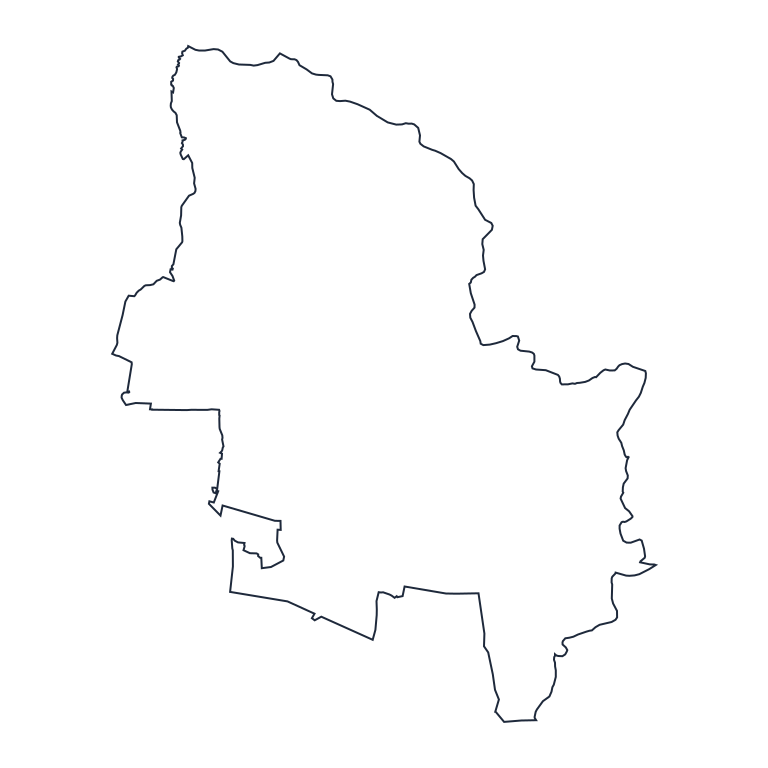 Tonalá, Jalisco, Mexico (orthographic projection)
{"feature_id": "50627088B51379954961865", "entity_name": "Tonalá", "entity_type": "district", "adm_level": 2, "iso_a3": "MEX", "parent_name": "Mexico", "parent_adm1": "Jalisco", "projection": "orthographic", "projection_center": [-103.228, 20.618], "detail": "fine", "context": "isolated", "style": "outline", "palette": "slate", "viewbox_px": 768, "rotation_deg": 0, "n_neighbors": 0, "source": "geoboundaries", "source_scale": "gbopen_adm2", "svg_char_len": 6057}
<svg xmlns="http://www.w3.org/2000/svg" viewBox="0 0 768 768"><path d="M128.7,295.7L125.4,301.5L122.6,315.1L117.3,335.3L117.1,338.1L117.4,342.8L116.8,345.0L112.2,353.8L116.0,355.5L119.0,356.1L131.6,362.3L131.8,364.2L127.3,391.7L129.1,391.5L129.2,392.2L128.6,392.6L126.2,392.4L124.0,392.7L122.1,394.5L121.7,395.9L121.6,397.7L122.8,400.2L126.0,405.0L135.7,403.0L150.9,403.6L150.0,409.3L152.1,409.4L152.1,409.7L186.7,410.1L191.3,409.8L207.2,409.9L211.6,409.3L219.1,409.8L219.5,411.0L219.2,412.1L219.2,415.1L219.6,415.5L219.3,418.6L219.5,427.1L219.7,428.9L222.3,435.4L222.5,437.9L222.1,439.5L223.5,446.4L222.8,447.5L222.2,450.3L221.5,451.5L220.1,452.8L222.0,453.7L221.6,458.8L220.5,458.8L218.2,462.4L219.7,463.7L218.6,471.2L219.4,471.3L217.2,488.8L215.0,487.7L212.4,487.7L212.5,489.7L213.6,492.5L215.6,493.2L216.5,490.6L218.2,491.2L213.8,502.5L209.4,501.3L208.9,503.8L220.5,515.6L222.6,505.5L274.9,520.8L280.5,520.9L280.7,529.9L277.6,529.7L277.1,540.5L277.3,542.6L284.1,556.6L283.3,560.5L271.0,567.0L261.8,568.2L261.3,557.8L260.2,557.8L258.1,556.0L258.2,554.4L256.6,553.4L249.9,553.2L243.5,550.2L244.6,546.4L244.5,545.5L244.1,544.9L244.5,543.0L238.0,542.4L234.8,540.7L233.2,538.8L231.9,538.6L231.7,540.2L232.3,548.4L232.8,550.3L232.9,566.5L230.1,591.9L287.5,601.4L314.5,613.7L311.9,618.2L314.7,620.3L321.3,616.7L372.7,639.8L375.4,629.9L376.7,615.1L376.8,609.3L376.5,601.1L378.7,592.2L381.0,592.5L383.1,592.3L389.5,594.5L391.6,595.6L394.6,597.8L396.7,596.2L397.4,597.2L402.6,596.1L404.6,586.5L445.9,593.5L456.4,593.7L478.5,593.3L484.4,633.6L484.0,646.3L488.2,652.4L492.8,674.3L495.0,689.8L498.9,699.5L495.3,711.7L495.6,711.7L504.1,721.9L521.3,720.5L536.1,720.2L534.7,717.9L534.6,717.0L535.7,711.8L536.9,709.5L542.9,701.2L549.4,696.5L551.5,691.7L552.4,687.2L553.8,684.7L555.8,676.9L555.8,670.3L555.1,666.5L555.0,662.7L554.0,659.8L554.2,657.1L555.0,655.8L555.0,654.3L556.4,655.5L558.3,656.0L562.4,656.2L565.2,654.4L566.7,651.7L567.3,650.1L565.8,647.4L562.6,644.5L562.5,642.4L562.9,641.1L565.3,638.3L569.4,637.7L573.4,636.7L578.0,634.5L586.5,631.6L589.6,630.7L591.9,630.4L595.5,627.2L599.6,624.8L611.6,622.0L615.5,619.8L617.1,617.4L617.0,610.9L613.1,603.5L611.8,598.5L612.2,584.5L611.6,582.4L611.7,578.3L612.3,576.7L615.4,573.5L615.6,572.6L626.1,575.6L629.4,575.8L634.6,575.4L639.3,574.2L649.1,569.2L655.8,565.0L654.3,564.5L649.9,564.4L640.1,562.3L640.5,561.3L644.7,557.8L645.1,556.3L644.0,548.7L641.7,540.6L639.6,539.5L630.7,542.7L626.6,542.6L623.2,540.7L620.5,533.6L619.6,528.7L619.6,525.5L621.6,522.2L623.0,521.7L624.6,522.0L626.4,521.4L630.7,518.7L632.4,517.1L632.5,516.2L629.1,511.3L625.1,508.1L620.6,498.6L621.0,496.6L623.3,492.7L622.7,491.6L622.9,487.3L623.7,483.6L627.6,478.4L627.8,475.5L626.1,471.1L625.6,468.2L627.1,460.3L628.6,457.2L628.0,456.8L626.9,457.3L626.0,456.8L624.7,454.6L623.8,450.4L622.1,446.1L621.3,442.8L618.7,438.7L617.6,435.6L617.3,432.3L618.6,430.2L623.2,424.6L624.7,420.1L627.9,414.0L629.7,409.7L636.0,400.4L638.9,396.7L640.8,392.9L642.8,386.7L644.4,383.0L645.7,377.9L645.9,373.3L645.3,371.0L632.9,366.8L628.5,364.0L625.1,363.5L622.0,364.1L619.5,365.2L618.2,366.5L616.6,368.8L614.7,370.4L609.9,370.5L605.3,369.5L603.5,370.3L600.3,372.8L596.1,377.2L595.0,377.0L592.5,378.0L588.9,380.5L585.2,381.9L579.8,382.8L577.0,383.0L575.0,383.8L572.4,383.4L568.1,384.3L561.8,384.4L560.5,382.9L560.1,381.6L559.9,378.7L559.2,376.5L557.9,374.9L545.8,370.2L536.0,369.5L532.5,368.4L531.9,366.3L534.4,361.7L534.4,355.5L533.8,353.8L532.1,352.5L529.3,351.6L520.5,350.7L518.0,349.3L517.2,346.8L519.2,340.6L517.9,336.5L516.5,336.1L512.6,336.0L509.1,338.3L502.9,341.1L496.0,343.2L489.8,344.6L483.3,345.1L480.7,343.7L480.3,341.1L475.9,331.0L472.5,321.9L470.3,317.7L470.0,313.9L471.7,310.8L474.5,307.6L474.6,304.6L470.8,293.2L469.2,283.9L470.8,282.5L471.4,279.7L473.2,277.8L475.0,276.7L476.5,275.1L481.6,273.3L484.0,271.9L485.1,269.3L483.5,260.9L483.0,255.5L483.7,249.9L482.3,244.1L482.7,239.2L491.9,229.8L492.7,225.8L491.3,223.0L485.1,219.8L478.3,209.2L475.6,205.7L474.1,197.7L473.6,190.1L473.8,184.1L472.1,180.5L469.6,178.3L465.4,175.9L462.2,173.1L458.7,169.1L453.9,161.5L451.1,159.1L440.6,153.1L435.1,150.7L432.1,149.8L423.7,146.4L420.4,143.8L419.4,141.7L420.0,135.4L418.2,127.9L414.2,124.4L411.7,123.6L408.6,123.7L405.8,123.2L402.0,124.4L396.2,124.6L387.7,122.4L376.9,115.9L369.7,109.7L357.5,104.2L350.0,101.6L345.4,100.7L340.0,101.1L336.3,100.8L333.3,98.4L332.0,94.3L333.1,84.1L332.5,81.9L332.4,79.5L330.5,76.3L327.7,75.3L318.7,74.9L316.0,74.6L312.0,73.4L306.6,69.4L299.5,65.2L298.0,61.9L296.5,60.1L294.6,59.3L291.0,59.2L289.5,58.6L279.9,53.4L273.5,60.9L269.3,62.5L265.2,62.8L257.5,65.1L253.7,65.6L250.3,64.9L238.9,64.5L233.3,63.1L230.2,61.4L222.4,51.7L218.1,49.5L213.6,49.1L205.2,50.5L198.9,50.5L195.4,49.8L188.2,46.1L187.9,47.7L186.3,48.7L184.9,50.7L182.4,51.6L182.1,53.2L182.8,55.3L181.1,56.3L178.8,56.8L178.8,57.5L180.1,58.9L179.5,59.6L178.3,60.1L177.8,61.4L179.1,63.0L179.0,63.5L178.0,64.5L178.9,65.6L178.6,66.3L176.8,66.7L176.5,67.3L177.1,69.1L176.3,72.4L174.9,74.8L173.3,75.6L172.5,76.6L172.2,77.9L173.1,78.9L173.0,80.6L171.2,81.7L171.2,84.6L171.7,84.8L171.8,85.5L172.9,86.0L173.8,88.0L173.1,92.4L171.5,91.5L171.8,101.1L170.9,103.4L170.7,105.8L170.9,107.4L172.0,109.6L173.7,111.5L175.4,112.8L176.7,115.2L177.0,122.3L180.3,130.9L180.5,132.6L180.2,133.0L181.8,137.3L184.2,137.5L185.9,138.2L185.8,138.8L184.8,139.8L182.5,140.4L182.6,141.7L181.9,143.1L182.9,144.5L183.0,146.2L181.1,148.5L182.2,149.6L180.8,151.5L180.3,152.9L180.7,154.5L182.8,159.0L183.8,159.2L188.2,155.3L192.2,163.0L192.3,168.0L194.7,177.8L194.1,183.4L195.6,188.9L195.4,191.1L194.5,192.9L193.3,193.8L189.0,195.7L181.8,205.8L181.3,207.2L181.1,215.4L179.8,222.9L180.2,224.9L181.4,227.7L182.3,236.5L182.4,241.2L182.1,242.3L176.3,249.3L173.4,264.3L171.9,266.0L171.8,267.8L172.8,268.6L172.5,269.6L170.6,269.3L170.0,272.2L172.5,276.0L174.2,280.6L173.7,281.2L172.7,280.9L163.3,277.1L162.7,277.2L160.0,279.6L156.7,280.8L153.4,284.3L150.1,285.1L145.8,285.3L144.4,285.9L140.7,289.5L138.8,290.6L136.7,292.7L135.1,295.4L134.3,296.2L128.7,295.7Z" fill="none" stroke="#1e293b" stroke-width="2"/></svg>